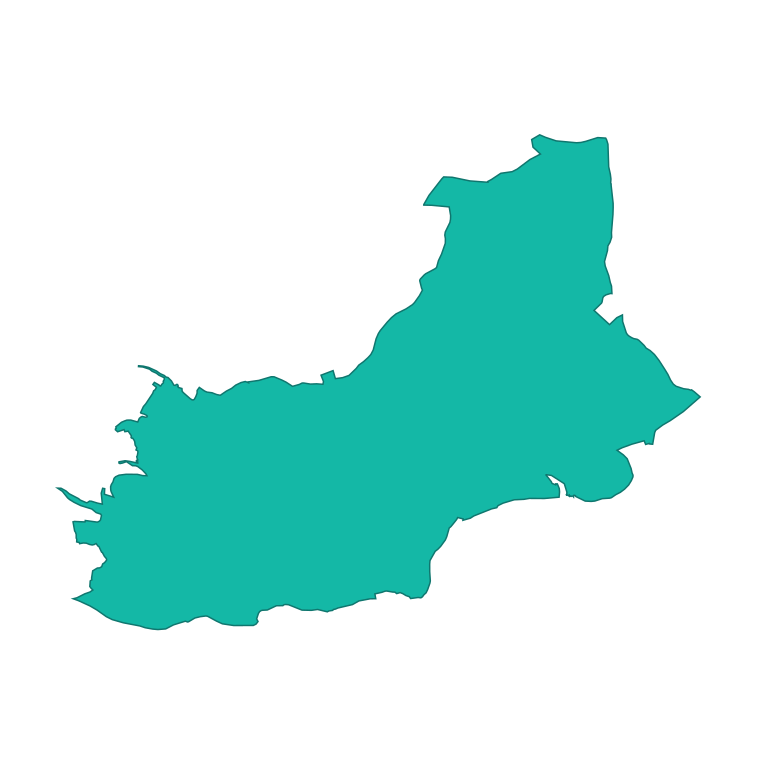 outline of Pogaceaua, Mures, Romania, rotated 185°
{"feature_id": "2599482B1933399749660", "entity_name": "Pogaceaua", "entity_type": "district", "adm_level": 2, "iso_a3": "ROU", "parent_name": "Romania", "parent_adm1": "Mures", "projection": "equal_earth", "projection_center": [24.3, 46.666], "detail": "fine", "context": "isolated", "style": "filled", "palette": "teal", "viewbox_px": 768, "rotation_deg": 185, "n_neighbors": 0, "source": "geoboundaries", "source_scale": "gbopen_adm2", "svg_char_len": 6148}
<svg xmlns="http://www.w3.org/2000/svg" viewBox="0 0 768 768"><g transform="rotate(185 384 384)"><path d="M342.6,595.5L344.3,593.4L355.6,575.9L360.0,566.3L360.0,565.7L352.1,566.2L334.5,566.1L332.3,557.6L332.1,554.0L332.4,550.7L336.2,540.8L336.4,537.6L335.5,534.1L335.2,529.5L338.0,518.4L340.5,511.7L341.8,504.6L343.3,503.2L351.9,497.6L353.4,496.2L356.9,491.8L357.4,490.6L357.3,489.7L354.9,482.7L353.9,480.9L356.4,475.1L360.7,467.8L362.6,465.5L368.8,460.6L378.0,455.0L382.4,450.7L386.1,446.0L392.4,436.9L394.0,433.8L395.8,428.4L397.7,416.9L399.7,412.2L402.4,408.7L406.3,404.5L410.8,400.6L413.0,397.1L419.6,389.5L425.8,386.7L432.9,385.1L435.9,392.9L447.5,387.3L444.5,381.2L444.8,378.4L451.1,378.3L457.3,377.5L464.0,378.0L465.7,377.8L468.3,376.2L474.9,373.7L481.7,377.3L486.0,379.0L494.1,381.6L497.0,381.4L508.9,376.7L519.7,374.2L519.3,373.5L522.4,374.4L526.5,373.0L531.6,370.0L535.5,366.3L540.4,363.2L546.1,358.5L549.7,358.9L554.6,360.3L559.7,360.5L562.2,361.4L567.7,364.5L569.6,361.3L569.4,358.5L570.4,355.0L571.7,352.1L572.7,351.5L573.8,351.5L575.8,352.5L583.0,357.8L584.4,359.1L584.9,361.9L588.5,362.6L589.3,363.5L588.8,364.0L589.6,365.5L590.6,365.5L591.9,364.4L593.2,364.5L596.0,368.5L599.7,371.6L601.9,372.0L603.5,373.3L607.8,374.8L611.7,377.1L619.9,380.0L625.4,380.8L630.1,380.8L630.1,379.9L625.7,379.9L618.8,378.3L616.2,376.5L611.7,374.9L608.9,373.1L603.5,371.1L603.3,369.2L604.2,367.5L603.8,366.7L604.2,365.5L605.3,364.4L606.2,362.6L606.8,362.5L608.2,363.5L612.9,365.6L614.2,363.4L610.5,360.9L610.8,359.8L611.7,358.1L612.9,357.1L613.6,354.5L619.6,343.5L621.7,340.6L624.0,334.3L623.6,333.8L620.3,333.1L617.6,332.0L617.0,331.3L617.2,330.6L618.6,330.1L622.0,330.6L623.3,329.9L624.8,328.4L626.0,324.7L633.1,326.0L637.0,325.6L639.2,324.6L642.2,323.0L647.4,318.0L646.9,316.6L647.6,315.9L647.6,315.0L645.2,313.2L639.0,315.9L638.0,313.9L634.7,314.7L631.2,310.4L631.3,308.6L630.8,308.1L629.6,308.1L628.0,306.1L627.3,304.8L626.6,301.5L624.7,298.9L625.3,296.7L623.6,296.0L623.2,294.9L623.5,291.2L624.0,290.1L623.0,287.2L622.6,286.9L622.8,286.5L623.8,286.3L624.1,285.7L623.7,285.0L622.5,284.9L622.4,283.7L630.8,284.8L635.2,285.0L641.2,283.4L641.2,282.2L640.1,281.7L637.5,282.5L633.8,284.2L627.5,280.7L624.1,280.9L622.1,280.3L617.3,277.3L613.4,273.8L612.2,272.0L616.2,271.7L621.8,272.5L633.0,271.6L640.0,270.1L643.3,268.2L644.7,266.5L645.5,262.8L646.9,260.0L647.4,257.8L647.0,254.6L646.4,252.9L643.4,247.7L652.9,249.8L653.1,255.4L655.2,255.6L656.2,250.6L654.1,239.8L659.1,240.4L665.2,241.7L667.1,241.7L669.2,240.0L670.1,239.8L676.5,241.9L678.3,243.2L688.0,247.2L691.4,249.7L696.6,252.0L700.1,251.8L695.0,249.0L689.3,243.0L687.2,241.5L682.4,239.1L675.4,236.4L664.2,234.0L659.5,230.8L654.9,229.7L654.0,228.4L654.6,223.8L655.6,222.5L657.5,221.4L669.7,222.0L669.7,220.7L670.6,220.5L680.5,220.1L681.8,219.6L679.4,210.7L678.4,209.4L677.5,207.2L677.2,203.7L676.5,202.5L676.4,199.9L673.7,199.5L673.3,198.4L669.8,199.4L666.7,199.5L663.4,198.5L660.7,198.2L658.7,198.8L656.9,200.0L654.8,197.6L653.8,197.2L650.7,191.9L649.9,191.6L647.4,187.8L645.4,185.9L645.0,184.9L645.1,184.2L646.8,181.7L648.6,180.2L649.3,177.4L651.3,176.0L653.5,175.7L657.9,172.5L658.4,165.1L658.0,163.8L658.0,163.3L659.3,162.6L659.5,162.0L659.4,156.6L658.0,155.0L656.1,153.4L658.9,151.1L663.8,148.9L671.2,144.3L674.9,143.0L669.4,141.5L657.6,137.3L650.2,133.8L640.3,128.0L634.2,125.6L622.9,123.4L606.2,121.7L600.7,120.4L593.2,119.7L587.8,119.7L580.1,121.0L572.7,125.7L561.2,130.4L559.0,129.8L558.0,130.1L552.0,134.4L546.7,136.2L541.1,137.4L539.4,137.2L530.2,133.2L524.1,131.0L512.6,130.3L493.1,132.1L490.5,133.7L488.8,136.4L490.4,138.9L489.1,144.5L488.1,146.4L486.8,147.5L485.4,148.0L480.5,148.7L471.9,153.7L465.4,154.4L464.6,155.3L462.9,155.8L459.9,155.8L446.0,151.6L436.6,152.2L430.5,153.6L420.6,152.1L419.1,153.1L415.4,154.0L414.7,155.0L412.6,155.6L410.5,156.8L396.2,161.5L390.1,165.7L379.1,168.8L373.5,169.4L374.8,174.1L367.9,176.3L364.9,177.7L363.3,178.0L357.3,177.5L355.0,177.6L353.1,176.3L349.8,177.6L347.0,176.8L343.8,175.2L340.2,174.3L338.8,172.6L331.4,174.3L328.6,174.2L327.2,175.3L325.8,177.6L323.9,179.6L322.6,183.0L320.9,189.6L320.7,191.9L322.1,201.0L322.8,208.7L322.8,212.1L318.4,221.8L316.0,224.0L313.4,227.2L309.3,234.0L308.2,237.3L306.5,246.2L304.9,247.8L302.3,251.6L299.8,255.4L299.0,257.4L293.4,256.5L293.5,255.1L286.2,257.9L283.0,260.4L265.9,269.0L260.9,270.6L259.8,272.8L255.0,275.7L244.2,280.0L234.6,281.3L229.2,282.7L214.4,283.9L199.7,286.5L199.7,291.8L200.3,295.2L202.6,299.6L204.1,299.5L203.9,298.7L204.1,298.5L207.9,299.6L208.9,301.4L214.7,307.5L214.4,307.8L209.2,307.5L195.7,300.4L192.4,292.2L192.3,290.1L192.7,289.7L192.4,289.1L191.4,289.3L190.5,288.8L189.7,289.6L189.4,289.1L189.6,288.4L189.3,288.1L188.4,288.6L187.8,288.3L187.0,288.7L186.0,288.7L185.3,288.0L185.3,289.6L185.0,289.8L183.5,289.4L183.3,288.8L182.8,288.5L173.4,284.9L167.3,285.1L163.7,285.8L156.6,288.8L149.0,290.0L147.5,290.6L143.5,293.9L139.1,296.7L135.1,300.3L131.5,304.7L129.2,309.2L127.9,313.2L128.0,314.9L129.1,317.0L130.5,321.4L135.2,330.7L139.3,334.2L146.1,338.3L141.3,341.2L131.7,345.7L119.9,350.1L118.1,346.6L114.7,347.9L114.5,347.4L111.1,347.4L110.1,359.2L109.3,361.6L102.8,367.4L95.6,372.5L83.4,382.6L67.9,398.7L74.1,403.2L77.1,405.0L77.9,404.6L80.2,405.2L85.1,405.4L92.8,407.2L95.8,409.1L98.8,412.8L102.1,418.4L105.9,423.5L112.1,431.5L117.2,437.0L121.8,440.5L126.0,442.6L128.2,445.1L134.0,449.8L135.7,450.6L139.2,451.0L141.2,451.7L143.9,453.0L145.7,454.3L147.1,456.1L151.7,467.0L152.5,473.6L157.8,470.4L164.5,462.8L181.2,475.6L174.3,483.6L173.9,484.8L173.5,489.1L172.6,490.6L170.5,492.2L166.3,493.9L164.8,493.9L165.9,501.4L167.4,504.8L169.6,511.6L173.9,520.8L175.0,525.2L173.0,536.4L173.0,541.1L171.2,544.9L170.0,550.0L170.6,554.7L170.7,572.9L171.1,579.8L171.5,584.0L175.2,602.5L175.1,603.0L175.7,603.9L175.8,608.0L176.8,612.7L179.1,620.0L181.8,642.4L183.5,646.6L184.6,648.3L192.6,648.1L204.2,643.3L208.8,641.8L213.2,641.1L233.7,641.2L244.6,643.8L250.6,645.8L258.2,640.4L256.2,632.9L248.2,626.7L258.2,620.3L270.0,609.7L274.8,606.7L286.0,604.1L294.9,597.0L298.3,594.8L298.0,594.2L299.0,594.0L316.2,593.8L333.9,595.9L342.6,595.5Z" fill="#14b8a6" stroke="#0f766e" stroke-width="1.5"/></g></svg>